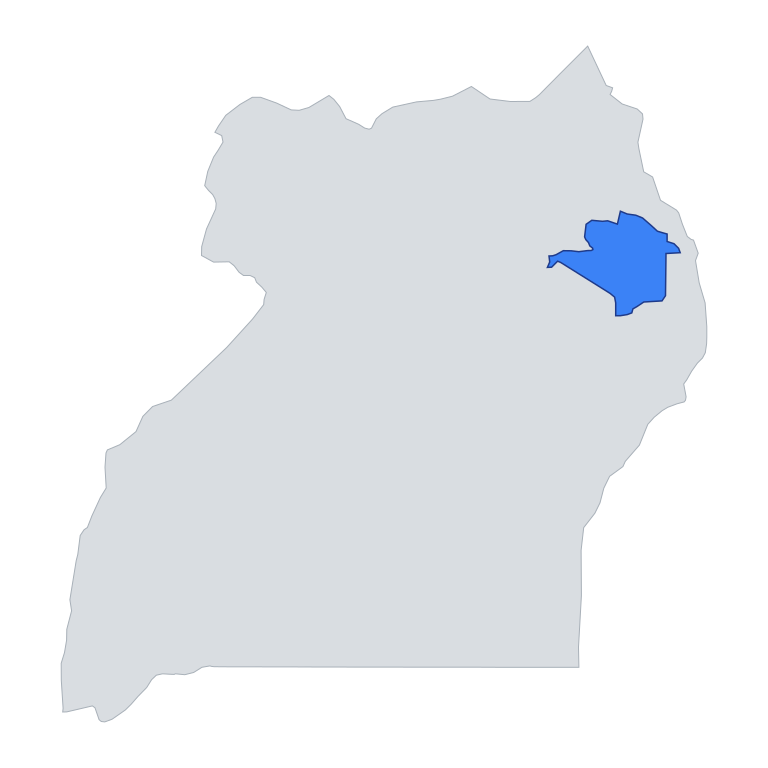 location of Napak within Uganda
{"feature_id": "UGA-5615", "entity_name": "Napak", "entity_type": "District", "adm_level": 1, "iso_a3": "UGA", "parent_name": "Uganda", "parent_adm1": "", "projection": "albers", "projection_center": [34.172, 2.394], "detail": "fine", "context": "in_parent", "style": "filled", "palette": "blue", "viewbox_px": 768, "rotation_deg": 0, "n_neighbors": 0, "source": "natural_earth", "source_scale": "10m", "svg_char_len": 2931}
<svg xmlns="http://www.w3.org/2000/svg" viewBox="0 0 768 768"><path d="M578.9,667.3L565.9,667.3L544.7,667.3L523.5,667.3L502.3,667.3L481.1,667.2L459.9,667.2L438.7,667.2L417.5,667.2L396.3,667.1L375.1,667.1L353.9,667.1L332.7,667.0L311.5,667.0L290.3,666.9L269.0,666.9L247.9,666.8L226.6,666.8L214.1,666.7L211.6,666.4L209.9,665.9L201.9,667.3L193.6,672.5L184.8,674.7L175.4,673.8L174.2,674.4L169.4,674.2L162.5,673.8L156.3,675.2L151.6,679.7L146.7,687.5L138.0,696.4L131.1,704.3L125.3,710.0L112.1,719.2L104.8,721.9L101.3,721.5L99.1,719.7L95.0,707.8L92.4,705.9L66.7,711.9L62.7,712.0L63.1,708.3L61.3,680.4L61.2,663.3L64.5,652.6L66.6,640.2L66.8,629.3L71.6,610.8L69.9,599.7L76.2,560.7L77.8,554.4L80.2,535.5L84.1,529.7L87.4,527.5L91.9,515.9L100.4,497.5L106.2,488.0L105.0,467.2L106.0,453.0L107.4,449.9L119.8,444.7L136.0,431.6L142.9,416.3L152.6,406.5L171.2,400.2L171.3,400.2L226.7,347.5L252.5,319.1L263.7,304.6L264.1,299.4L266.3,292.5L261.8,287.1L256.5,282.2L254.7,277.7L250.1,275.5L243.5,275.5L239.1,272.3L234.2,265.8L229.2,261.8L213.6,262.1L201.5,255.5L201.7,246.6L206.5,229.0L215.7,208.9L216.2,203.4L214.9,198.6L212.7,194.6L208.6,190.5L204.7,185.7L207.8,171.3L213.6,157.1L218.3,150.0L223.0,142.1L221.7,135.6L214.9,132.3L218.5,126.0L225.8,115.3L239.9,104.5L252.3,97.3L260.6,97.3L276.7,103.1L291.2,109.9L299.2,110.3L308.9,107.5L329.0,95.5L333.8,99.3L339.7,106.6L346.0,118.7L358.7,124.3L364.7,128.1L369.1,129.2L371.5,128.2L376.3,118.8L382.1,113.6L392.8,107.1L416.5,101.9L433.4,100.4L440.5,99.2L452.5,96.2L471.4,86.5L490.0,99.0L510.3,101.5L529.9,101.4L535.8,97.6L539.3,94.7L559.8,74.0L587.7,46.1L606.2,85.5L612.6,87.8L611.7,91.2L610.1,94.5L622.2,104.0L637.2,109.0L642.5,113.9L643.0,119.1L637.9,142.2L638.9,148.7L643.7,171.8L652.6,177.0L660.5,200.3L676.5,210.1L678.7,212.9L682.4,224.2L687.3,236.5L691.1,239.4L693.5,240.1L698.2,253.2L695.5,260.6L699.2,282.9L705.1,302.9L706.8,326.7L706.8,337.2L706.6,343.7L705.3,352.7L702.5,358.0L697.4,363.1L691.7,371.1L686.8,379.7L683.7,384.0L686.1,396.8L685.5,400.2L684.2,401.9L677.0,403.8L667.7,407.3L662.1,410.7L654.2,417.2L647.8,424.3L639.4,445.1L625.3,461.3L622.9,466.6L609.6,476.3L603.8,488.2L600.0,502.8L594.9,513.2L583.7,527.6L581.1,550.3L581.4,595.5L578.5,647.1L578.9,667.3Z" fill="#d9dde1" stroke="#a8b0b8" stroke-width="1"/><path d="M617.4,224.1L620.4,211.2L627.2,214.0L635.8,215.2L642.6,218.0L651.2,225.5L657.4,231.2L663.1,232.9L667.1,234.0L667.1,241.5L674.0,243.7L678.6,248.3L680.2,252.7L666.0,253.5L665.5,295.7L662.0,300.9L643.8,302.0L636.9,306.6L632.9,308.9L631.8,312.9L627.2,314.6L620.4,315.7L615.7,315.7L615.7,302.9L614.6,297.1L610.1,293.4L579.3,274.1L560.6,262.4L557.6,261.2L551.6,267.2L547.4,267.4L549.7,262.0L549.0,256.0L552.7,255.8L556.1,254.7L563.3,250.7L571.1,250.8L578.8,251.7L587.5,250.6L591.2,250.5L592.9,249.6L592.6,248.1L589.8,245.9L588.5,242.6L585.8,239.6L584.6,236.9L586.1,224.3L591.8,220.3L602.5,221.3L607.7,220.8L617.4,224.1Z" fill="#3b82f6" stroke="#1e3a8a" stroke-width="1.5"/></svg>